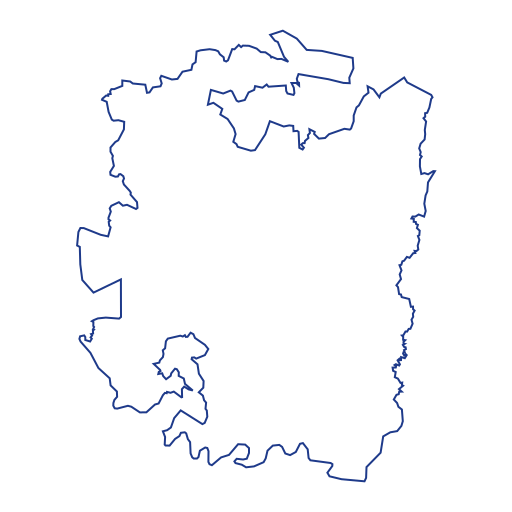 Apaxtla, Guerrero, Mexico (Mercator projection)
{"feature_id": "50627088B3794294637731", "entity_name": "Apaxtla", "entity_type": "district", "adm_level": 2, "iso_a3": "MEX", "parent_name": "Mexico", "parent_adm1": "Guerrero", "projection": "mercator", "projection_center": [-99.977, 18.094], "detail": "fine", "context": "isolated", "style": "outline", "palette": "blue", "viewbox_px": 512, "rotation_deg": 0, "n_neighbors": 0, "source": "geoboundaries", "source_scale": "gbopen_adm2", "svg_char_len": 5983}
<svg xmlns="http://www.w3.org/2000/svg" viewBox="0 0 512 512"><path d="M367.6,86.3L368.5,92.7L363.8,96.4L358.9,105.4L356.5,107.4L353.7,115.5L353.7,121.2L351.1,128.5L349.8,129.6L344.4,128.8L329.0,134.2L325.1,138.0L318.9,138.6L314.1,133.9L314.7,131.9L309.4,129.2L309.9,133.0L307.9,135.1L308.4,138.0L305.0,140.9L304.6,143.1L302.9,143.1L301.2,144.6L303.9,147.7L302.6,149.5L299.3,147.8L298.6,131.9L297.2,130.9L293.5,131.2L293.2,125.9L289.3,125.4L283.7,126.5L269.9,121.2L265.3,134.3L255.0,150.1L250.9,150.7L237.7,146.8L236.5,144.1L233.3,141.8L235.6,134.1L233.9,128.4L227.6,119.0L220.3,114.5L222.3,108.9L213.4,102.8L207.9,104.7L210.9,89.9L223.2,93.5L230.5,90.6L232.1,91.5L236.6,100.6L238.4,101.6L244.8,100.0L248.6,92.4L254.2,89.9L255.1,86.1L262.5,87.7L266.7,84.5L268.5,86.7L285.8,85.5L286.2,91.0L287.5,93.5L293.5,94.9L294.4,93.2L293.8,87.7L291.5,83.0L296.2,83.0L299.1,85.6L299.0,82.8L297.5,82.0L296.8,78.8L298.5,74.1L328.3,79.2L343.4,82.9L349.7,83.2L349.3,77.7L353.4,68.4L352.7,57.9L321.8,50.9L306.7,49.9L296.8,38.6L282.8,30.7L270.2,34.8L274.9,40.7L277.8,42.0L284.0,56.8L288.3,61.8L281.4,58.9L277.4,59.1L271.9,56.8L271.2,57.4L270.2,55.6L265.4,52.3L260.8,52.1L256.7,48.6L249.0,45.8L242.9,45.6L241.1,47.1L238.8,44.9L234.5,49.3L232.2,49.1L228.0,60.3L226.2,61.5L224.1,60.6L223.7,57.3L219.9,54.3L218.2,51.3L215.4,50.1L209.6,49.2L200.5,50.3L196.6,51.5L195.6,62.2L192.5,64.4L191.4,69.8L182.5,71.7L177.5,78.9L171.9,79.5L161.3,75.8L160.1,78.2L161.7,83.4L160.5,86.3L152.9,87.4L149.5,92.4L147.0,92.8L145.3,84.7L132.8,83.5L130.2,81.5L122.3,80.5L122.3,85.9L114.3,89.1L111.4,89.1L110.1,91.3L110.7,94.0L108.2,94.3L108.2,95.8L106.2,95.5L102.4,98.7L102.0,99.8L106.7,101.8L108.6,111.9L111.8,119.6L113.6,120.7L118.4,120.2L124.2,121.8L123.9,129.4L118.2,140.3L115.3,142.0L110.5,147.5L110.5,151.7L112.9,155.9L112.3,158.2L113.9,165.9L110.2,171.9L110.5,174.8L115.3,176.7L117.9,176.5L119.1,174.3L120.5,174.1L123.3,176.2L124.0,178.5L122.8,181.2L123.9,184.5L129.8,191.0L130.8,192.6L130.5,194.6L137.0,202.1L137.5,207.9L136.0,209.0L127.0,204.8L122.9,205.7L118.9,202.2L111.3,205.8L109.7,208.4L110.8,211.6L108.5,217.7L108.5,219.3L110.1,220.5L108.7,221.8L109.2,225.7L110.6,227.3L108.1,236.4L100.7,234.8L83.8,228.1L80.4,228.0L78.4,232.0L77.1,245.5L79.8,246.9L80.3,264.4L82.3,280.0L93.5,292.6L120.9,279.4L121.0,317.0L119.1,318.6L105.8,317.6L97.9,318.4L93.5,320.2L91.9,321.2L93.4,322.0L93.3,326.0L94.1,327.0L93.0,329.3L93.9,329.7L92.9,330.6L93.1,333.5L91.1,334.1L92.1,335.5L90.6,337.4L91.8,338.7L90.1,341.5L85.3,340.0L85.3,337.1L84.2,335.4L80.1,336.3L79.4,338.9L80.6,341.6L90.4,352.8L98.4,368.0L109.7,378.3L110.6,385.4L116.9,391.5L117.1,396.8L114.4,399.9L113.4,403.0L113.3,405.7L114.7,408.3L117.2,408.6L127.9,405.8L131.3,406.7L139.9,412.4L146.4,412.3L155.0,404.5L158.6,403.5L162.9,395.2L164.9,392.9L166.7,393.2L167.0,391.9L170.5,392.8L173.8,391.6L181.4,397.3L182.1,397.1L181.9,389.2L184.2,386.6L188.6,389.4L192.8,390.5L185.0,383.9L183.8,378.5L178.7,375.9L178.8,372.3L176.8,369.2L175.0,368.7L171.2,373.4L170.7,375.8L166.1,379.2L163.2,376.1L162.2,373.3L158.3,374.0L158.8,371.9L160.5,371.0L160.1,369.9L153.7,363.9L159.3,362.6L159.9,360.4L162.9,357.1L163.5,353.9L162.8,350.3L165.1,348.3L165.9,341.3L167.8,338.6L180.3,335.7L182.8,336.5L184.9,335.2L185.8,336.9L187.5,336.8L190.6,332.7L193.4,334.2L195.0,338.0L204.9,344.8L208.3,349.0L204.9,355.1L196.2,358.6L194.3,357.4L192.0,357.6L191.6,359.2L197.5,364.3L198.9,373.7L203.6,381.0L203.3,387.7L198.8,392.3L202.9,395.6L204.1,400.3L206.1,402.6L205.5,408.8L206.8,410.5L207.3,416.7L204.7,422.9L202.4,424.1L180.7,410.4L174.2,418.1L170.9,427.5L167.1,430.2L162.9,431.3L165.1,437.0L164.7,444.6L165.5,445.5L169.6,445.6L175.1,438.9L179.4,436.1L180.9,432.8L184.8,432.3L186.2,433.4L187.9,439.2L190.1,442.1L190.6,453.4L192.2,457.3L193.7,458.5L197.0,458.5L198.5,457.0L199.9,450.7L205.2,447.5L207.3,448.0L208.5,451.2L208.4,461.9L209.5,464.2L211.9,465.2L221.1,457.4L229.0,454.9L238.1,444.2L245.2,444.6L249.0,448.1L249.0,453.0L246.8,458.7L243.1,459.5L236.7,458.8L234.4,461.4L235.5,463.1L241.8,464.7L246.1,467.3L254.0,466.4L263.6,462.2L265.7,458.4L267.5,450.7L272.8,445.6L279.3,444.9L282.1,446.9L285.3,453.5L290.1,455.1L295.8,452.0L300.0,443.8L302.9,443.1L307.7,449.3L308.6,458.0L310.4,460.3L330.6,463.0L332.4,464.1L332.3,466.0L327.4,472.7L329.5,476.3L341.5,479.2L364.5,481.3L366.1,477.9L366.5,467.1L380.6,452.7L383.2,436.4L390.3,432.3L397.2,431.1L401.4,425.9L402.8,421.2L401.9,409.5L398.4,406.8L397.1,403.0L393.8,399.5L396.5,394.8L398.7,394.2L399.2,391.7L401.7,391.6L399.0,389.1L403.1,385.7L401.9,385.0L402.2,382.6L400.5,382.9L397.9,378.6L394.8,377.2L395.7,372.0L393.1,370.8L392.6,367.6L395.8,367.5L396.1,366.1L394.6,365.0L395.9,364.2L399.2,365.5L399.9,364.3L397.6,360.3L399.2,358.9L399.6,360.2L401.0,360.1L401.1,357.1L404.8,358.2L406.7,355.1L405.8,354.2L404.2,355.4L403.1,353.6L403.5,352.3L404.8,352.4L404.0,350.1L405.9,349.1L405.6,347.3L404.2,347.0L402.9,344.9L404.6,343.9L403.6,343.7L403.5,341.9L405.2,340.2L403.1,339.8L403.2,336.8L402.0,335.5L403.3,335.3L405.5,331.5L407.1,331.6L408.7,328.9L410.4,328.8L412.6,323.7L411.5,319.7L413.2,316.8L412.9,313.7L414.6,310.6L413.1,309.3L413.0,306.6L410.9,306.8L409.2,299.0L401.7,297.1L401.0,294.5L399.1,294.1L398.0,287.1L396.4,285.3L401.0,279.1L399.7,274.4L401.5,270.4L399.5,265.2L401.3,264.8L402.4,261.3L404.1,260.7L406.9,256.9L409.6,257.8L413.2,253.2L415.3,253.0L414.6,250.9L416.4,251.1L418.3,249.5L417.7,245.7L419.4,239.9L417.9,236.0L419.3,235.2L419.7,230.7L416.9,228.1L417.9,224.8L416.0,223.9L415.8,222.0L413.7,221.8L413.8,218.9L411.4,218.5L412.5,216.5L415.3,216.6L418.7,214.5L424.1,216.6L425.7,211.0L424.3,203.7L425.6,195.4L427.3,191.5L428.0,182.4L434.9,171.2L433.3,171.1L428.1,174.3L424.5,173.1L421.3,174.0L419.9,166.4L420.0,159.1L421.7,156.5L420.0,155.0L420.7,152.1L419.2,148.4L420.6,143.7L424.6,139.5L425.2,134.2L424.8,130.0L426.1,121.5L423.5,118.2L425.2,116.7L425.1,113.2L427.2,112.8L429.4,107.5L431.2,98.9L432.5,97.3L431.2,94.9L407.2,82.4L404.2,77.5L380.8,93.6L379.4,97.3L373.5,89.4L367.6,86.3Z" fill="none" stroke="#1e3a8a" stroke-width="2"/></svg>